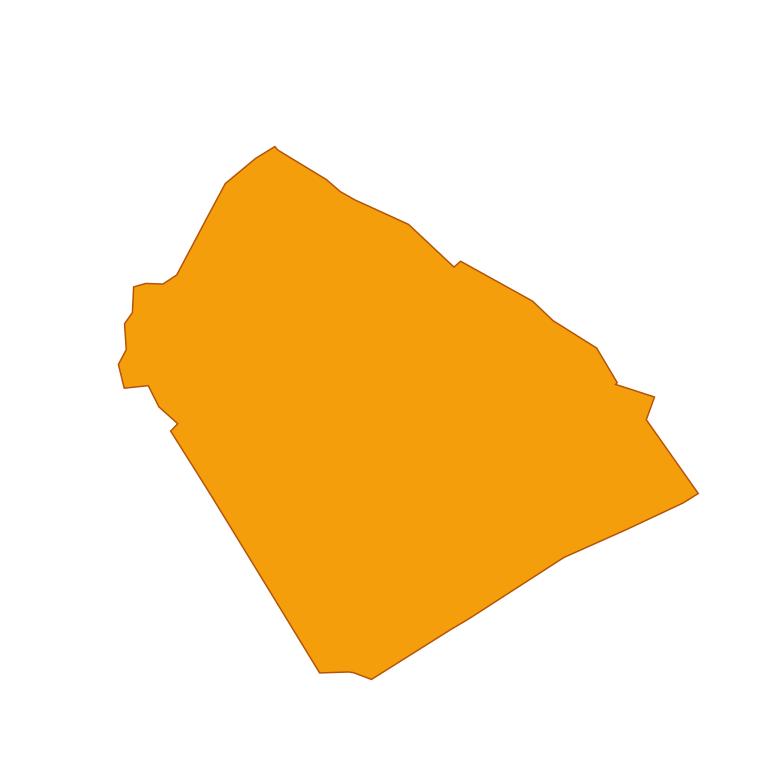 outline of Barrigada, Guam, rotated 58°
{"feature_id": "77769853B91363375193449", "entity_name": "Barrigada", "entity_type": "district", "adm_level": 2, "iso_a3": "GUM", "parent_name": "Guam", "parent_adm1": "", "projection": "orthographic", "projection_center": [144.805, 13.478], "detail": "fine", "context": "isolated", "style": "filled", "palette": "amber", "viewbox_px": 768, "rotation_deg": 58, "n_neighbors": 0, "source": "geoboundaries", "source_scale": "gbopen_adm2", "svg_char_len": 734}
<svg xmlns="http://www.w3.org/2000/svg" viewBox="0 0 768 768"><g transform="rotate(58 384 384)"><path d="M124.8,350.7L124.6,373.2L129.9,412.3L149.5,446.5L158.7,462.3L181.7,502.0L182.1,518.5L172.5,532.7L169.0,544.9L190.1,559.5L195.4,572.1L218.3,584.4L226.7,598.9L249.9,606.5L260.5,584.8L284.1,587.0L308.4,580.0L310.9,589.9L362.1,589.7L388.2,589.7L490.8,590.6L594.9,591.7L609.6,566.4L612.7,562.8L627.9,551.2L627.6,458.1L628.1,435.4L626.5,328.7L626.5,322.9L635.8,256.3L643.4,193.2L643.4,175.5L553.3,180.5L538.4,161.5L507.1,187.8L506.4,185.5L466.3,184.6L419.8,207.1L392.5,214.1L320.5,254.0L321.9,262.7L261.7,278.6L212.2,311.3L197.5,319.2L180.2,324.5L129.3,350.1L124.8,350.7Z" fill="#f59e0b" stroke="#b45309" stroke-width="1.5"/></g></svg>